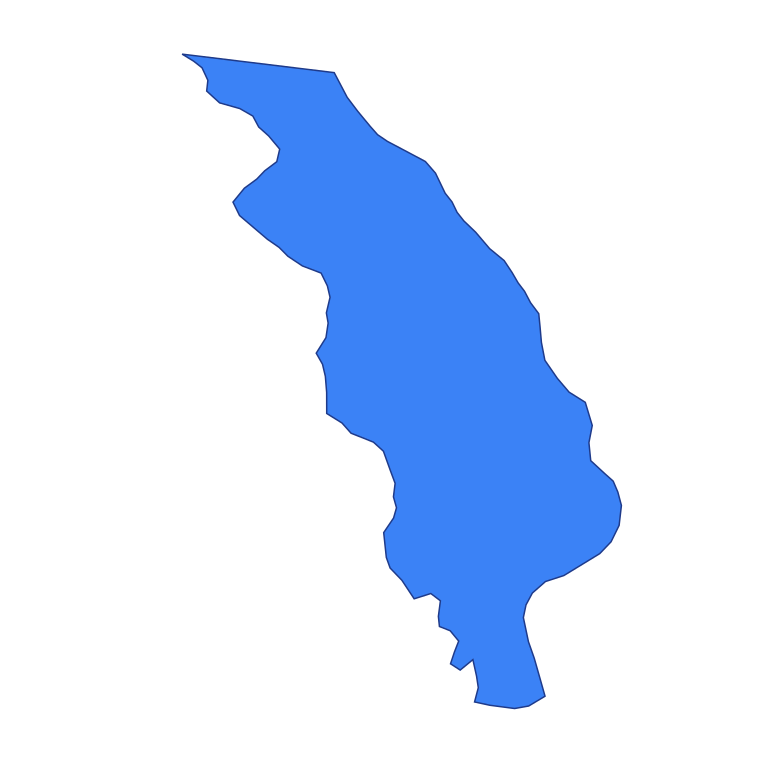 Ivatuba, Paraná, Brazil, rotated 280°
{"feature_id": "56859067B29429577410082", "entity_name": "Ivatuba", "entity_type": "district", "adm_level": 2, "iso_a3": "BRA", "parent_name": "Brazil", "parent_adm1": "Paraná", "projection": "albers", "projection_center": [-52.183, -23.588], "detail": "fine", "context": "isolated", "style": "filled", "palette": "blue", "viewbox_px": 768, "rotation_deg": 280, "n_neighbors": 0, "source": "geoboundaries", "source_scale": "gbopen_adm2", "svg_char_len": 1486}
<svg xmlns="http://www.w3.org/2000/svg" viewBox="0 0 768 768"><g transform="rotate(280 384 384)"><path d="M86.6,528.4L86.0,544.0L87.1,569.0L92.0,582.4L104.5,596.8L119.4,589.6L140.0,579.6L155.3,571.0L178.2,561.8L191.1,562.2L203.9,566.4L217.5,577.3L226.6,594.4L254.4,625.9L268.0,635.0L285.6,640.1L305.6,638.9L318.1,633.1L328.1,626.6L334.0,617.1L344.4,600.9L361.8,596.0L379.3,596.3L400.9,585.4L408.1,567.7L419.6,553.8L435.3,538.3L452.3,531.8L467.6,527.7L480.1,524.2L489.5,514.2L499.7,506.3L506.9,498.5L516.0,490.8L526.4,480.9L535.6,464.6L549.4,447.9L558.5,434.3L565.7,426.2L575.1,419.4L582.5,411.1L600.6,398.1L610.3,386.1L615.9,368.9L623.5,345.3L628.4,334.4L635.4,325.6L648.0,310.8L659.9,298.0L682.0,280.9L673.8,127.9L668.9,140.4L663.8,149.9L652.5,157.8L641.7,158.5L632.3,173.3L630.2,194.2L625.1,208.3L615.3,216.0L608.3,227.3L597.2,240.5L584.3,239.8L573.4,229.6L563.7,223.1L552.6,212.5L536.9,203.7L524.8,212.5L515.4,228.5L506.3,244.0L500.3,257.0L493.1,267.2L486.1,283.1L482.3,302.8L470.8,311.2L460.0,315.8L444.0,314.9L434.3,318.4L419.6,318.8L402.6,311.9L392.8,320.0L381.4,324.9L365.7,329.0L345.0,332.7L338.3,349.4L329.8,360.1L324.9,383.7L317.7,395.1L300.2,405.1L288.1,412.2L274.5,412.9L264.3,417.8L253.7,416.7L237.6,409.5L213.6,416.4L203.8,422.0L193.8,435.7L177.7,451.0L185.8,466.5L180.3,477.2L164.6,477.9L154.8,480.7L152.5,492.0L143.8,502.2L132.3,499.9L120.0,498.1L115.5,508.7L128.0,519.4L112.3,525.9L101.3,529.6L86.6,528.4Z" fill="#3b82f6" stroke="#1e3a8a" stroke-width="1.5"/></g></svg>